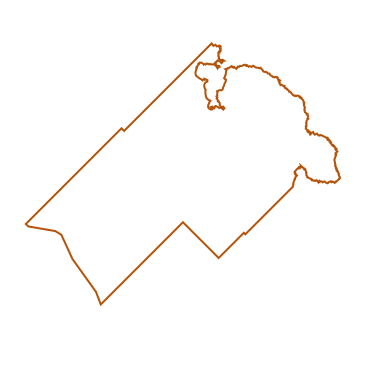 outline of 73, Ar Rayyān, Qatar, rotated 135°
{"feature_id": "91078587B33419778787215", "entity_name": "73", "entity_type": "district", "adm_level": 2, "iso_a3": "QAT", "parent_name": "Qatar", "parent_adm1": "Ar Rayyān", "projection": "mercator", "projection_center": [50.94, 25.696], "detail": "fine", "context": "isolated", "style": "outline", "palette": "amber", "viewbox_px": 384, "rotation_deg": 135, "n_neighbors": 0, "source": "geoboundaries", "source_scale": "gbopen_adm2", "svg_char_len": 5757}
<svg xmlns="http://www.w3.org/2000/svg" viewBox="0 0 384 384"><g transform="rotate(135 192 192)"><path d="M116.8,124.4L115.8,125.5L114.9,125.6L114.5,125.9L114.3,126.6L111.3,128.0L110.2,128.1L110.0,128.7L109.5,128.6L108.5,129.3L106.1,129.4L106.2,130.5L106.6,130.9L106.6,131.6L105.6,132.0L105.8,133.0L105.2,133.2L105.2,133.7L100.9,134.0L99.8,133.4L99.8,133.0L99.6,133.0L99.4,133.9L98.5,134.0L98.3,133.9L98.4,132.8L98.1,132.4L96.8,132.6L96.4,133.4L96.2,130.2L96.5,129.7L96.2,129.3L96.4,128.9L95.9,128.9L95.8,127.8L96.5,127.1L97.2,124.9L97.9,124.8L98.2,123.9L99.2,123.2L99.6,120.8L100.0,120.8L98.5,116.7L98.9,116.7L98.9,115.2L98.1,114.8L98.0,114.1L97.4,113.2L97.0,113.2L96.8,112.6L95.7,112.4L95.4,111.7L95.4,111.1L95.8,110.6L95.8,110.2L95.5,109.8L94.8,109.8L95.3,109.3L94.8,109.3L94.6,108.7L93.3,108.5L92.6,106.9L92.7,106.5L90.9,105.9L90.4,103.2L89.9,102.2L88.3,102.3L86.6,101.6L86.2,101.3L86.4,100.4L85.8,100.4L85.5,99.8L85.1,99.8L84.7,97.6L83.4,97.8L83.4,97.4L78.8,97.1L78.0,97.6L78.0,97.2L77.3,97.4L76.8,98.3L76.4,100.0L75.6,101.1L75.2,101.1L74.8,102.6L74.4,103.0L74.1,104.1L74.7,104.1L74.7,104.6L74.3,104.6L74.2,105.2L73.8,105.6L73.7,106.5L73.2,106.5L73.2,107.2L72.8,107.2L72.4,109.1L71.9,109.1L71.7,109.8L71.1,110.0L70.7,111.1L69.7,112.2L68.7,114.1L64.4,116.1L64.4,116.5L63.9,116.4L63.3,116.7L63.4,117.6L63.1,118.0L60.7,117.8L60.6,118.9L59.8,119.8L60.5,119.8L60.6,120.4L60.0,121.5L59.4,121.7L59.0,123.5L59.7,123.9L59.8,124.6L59.0,124.8L59.0,125.4L59.4,125.4L59.4,126.1L59.8,126.2L59.9,126.5L59.3,128.0L59.4,129.3L58.5,129.1L58.2,130.4L58.2,131.5L59.0,131.7L59.2,132.6L58.3,132.8L58.3,133.9L57.9,133.9L57.9,134.3L58.8,134.1L58.7,136.1L60.0,139.3L60.0,140.0L60.9,141.5L61.6,141.5L61.8,142.0L62.2,142.1L62.1,142.4L62.5,143.0L62.4,145.0L64.6,145.6L64.7,146.7L64.0,148.4L64.4,148.4L64.6,149.0L67.8,149.1L67.2,150.8L66.1,150.8L66.3,152.1L67.4,152.2L67.7,152.6L67.6,153.0L67.0,153.1L66.3,153.7L66.9,154.7L66.9,155.8L66.6,156.5L66.1,156.5L65.3,157.8L64.6,157.6L64.2,158.4L62.9,158.9L62.8,159.7L62.5,160.2L61.8,160.3L60.9,161.2L59.6,161.6L58.1,161.5L58.1,162.6L56.6,163.1L56.0,163.7L55.7,164.7L56.0,165.2L55.3,165.4L55.7,166.5L55.4,166.9L55.7,168.6L55.0,169.5L54.9,170.2L54.0,170.6L53.8,171.3L52.3,171.9L51.7,174.1L50.2,175.2L50.2,175.6L49.3,175.8L49.3,176.3L49.7,176.3L48.5,178.2L48.6,180.8L48.0,181.0L48.2,182.3L48.9,182.3L48.9,183.6L48.4,183.6L48.8,184.3L48.8,185.2L49.5,185.9L50.6,186.2L50.7,186.9L51.7,187.5L51.6,188.6L52.0,189.1L52.0,190.6L51.6,192.8L51.8,193.0L51.9,194.3L52.3,194.3L52.0,195.1L51.9,197.7L52.3,197.7L52.2,199.3L52.7,199.9L52.7,200.4L52.2,200.8L52.1,201.7L51.7,201.7L51.8,202.1L52.5,202.5L52.7,204.0L53.2,205.1L53.8,205.1L53.5,206.6L53.2,207.1L52.6,207.3L52.6,208.4L52.1,208.4L51.9,209.3L51.3,209.0L51.5,209.7L51.0,209.7L51.4,211.0L51.2,211.2L51.0,212.5L50.6,212.5L50.6,213.2L51.2,213.4L51.4,214.2L51.7,214.6L52.6,214.8L53.5,216.0L53.5,216.6L53.3,216.8L54.0,219.2L53.5,221.0L54.6,222.1L54.4,223.6L54.9,224.9L55.4,225.0L56.3,226.6L56.3,227.0L55.9,227.7L55.7,231.4L56.7,231.6L57.9,233.8L58.7,234.6L59.5,238.1L61.4,238.3L61.7,239.4L62.3,240.2L63.4,240.5L63.4,242.4L63.8,242.4L63.8,242.9L64.2,242.9L64.2,243.8L64.7,243.8L64.8,244.6L65.3,245.2L67.5,245.8L68.3,246.4L69.0,247.3L70.3,247.3L70.9,248.3L73.1,247.7L73.1,248.1L73.5,248.1L73.4,248.5L73.8,249.4L73.8,250.7L74.2,251.0L75.0,250.9L75.2,252.4L74.8,252.4L75.0,253.0L79.3,253.9L79.3,254.4L80.4,254.5L81.5,255.2L81.4,254.4L81.7,253.5L83.0,253.0L85.4,251.0L86.7,250.8L87.5,250.1L88.6,249.9L88.9,249.6L88.6,247.2L89.5,246.9L90.1,246.2L92.5,245.6L93.8,244.7L95.7,244.1L98.1,242.8L99.3,243.1L100.1,244.3L103.1,245.5L103.4,244.6L104.6,243.8L105.7,242.5L107.0,242.4L107.2,240.9L108.5,240.7L108.9,237.7L109.6,237.7L109.4,235.9L109.7,235.1L111.0,233.7L111.2,233.1L111.1,231.1L109.6,230.3L109.8,228.3L110.4,228.2L110.8,228.9L111.7,228.5L111.7,229.8L110.8,229.3L110.4,229.6L110.6,230.3L111.7,230.2L111.9,231.4L113.3,232.0L113.8,234.2L114.5,236.1L115.2,236.2L116.9,235.5L117.3,238.1L118.6,238.7L118.6,235.3L118.9,236.1L120.3,236.8L120.9,238.5L120.7,240.5L119.9,241.3L119.5,241.5L118.6,242.3L117.3,242.5L116.5,243.2L114.5,243.5L115.3,246.1L115.3,248.5L113.3,251.5L111.5,253.7L110.0,254.6L109.9,255.7L109.0,257.6L107.6,259.1L105.5,259.9L104.8,259.9L103.1,259.2L102.0,260.2L102.5,261.3L102.4,261.7L103.0,262.0L103.1,262.4L103.9,262.6L103.7,263.3L103.3,263.3L103.3,263.5L104.4,263.4L105.2,263.8L105.7,263.7L105.6,264.3L106.4,267.2L106.9,271.3L106.0,273.0L104.8,274.3L102.2,275.7L101.6,275.8L101.4,276.5L100.7,276.4L100.1,276.7L100.1,277.1L99.4,277.0L98.6,277.5L97.0,277.4L96.8,278.2L95.1,278.0L95.1,277.6L93.8,276.9L93.5,274.5L93.6,273.7L92.7,273.5L92.5,272.8L91.4,272.8L91.4,272.4L90.1,271.7L89.7,270.2L89.3,270.2L88.6,269.1L88.2,269.1L87.8,268.0L86.5,267.2L86.6,266.7L85.9,265.9L85.9,264.1L86.5,261.3L85.8,261.5L85.8,262.6L85.4,262.3L84.5,262.2L84.1,260.9L83.9,260.9L83.7,261.5L84.1,261.5L84.3,262.6L84.7,262.7L85.1,263.3L84.9,266.7L84.7,267.0L83.7,267.1L83.5,266.5L81.1,267.0L80.9,266.1L79.8,265.9L79.6,263.7L80.0,263.7L80.0,262.2L78.3,262.3L77.8,262.7L77.2,262.7L76.5,262.2L76.8,263.5L77.2,263.5L77.2,263.9L77.6,264.0L77.8,264.6L78.4,264.8L78.8,266.1L78.5,267.6L78.1,267.6L77.6,268.9L77.2,268.9L76.9,269.8L76.5,270.2L76.1,270.2L75.5,271.3L74.6,271.5L74.6,272.0L73.3,272.2L73.3,271.7L72.9,272.1L72.5,272.0L72.5,271.5L72.0,271.5L72.2,272.4L70.5,272.8L70.5,273.5L70.9,273.5L70.5,274.1L70.1,274.1L70.1,274.6L69.6,274.6L69.6,274.1L69.0,274.3L68.7,275.2L69.0,275.8L69.4,275.9L69.4,276.3L70.1,276.2L70.3,276.7L71.5,277.4L71.3,279.5L73.5,280.2L73.3,281.1L72.9,280.8L73.4,281.5L73.1,283.2L196.8,283.2L196.8,286.9L332.1,286.9L332.1,283.4L316.3,261.0L314.6,254.2L323.9,229.2L330.5,189.3L336.0,177.0L219.8,177.0L219.8,126.5L184.2,126.5L184.2,124.4L116.8,124.4Z" fill="none" stroke="#b45309" stroke-width="2"/></g></svg>